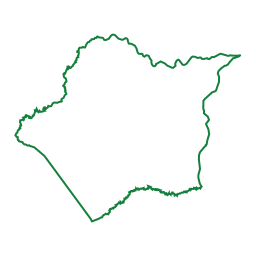 Chirundu, Southern, Zambia
{"feature_id": "96606910B35256638811207", "entity_name": "Chirundu", "entity_type": "district", "adm_level": 2, "iso_a3": "ZMB", "parent_name": "Zambia", "parent_adm1": "Southern", "projection": "mercator", "projection_center": [28.665, -16.104], "detail": "fine", "context": "isolated", "style": "outline", "palette": "green", "viewbox_px": 256, "rotation_deg": 0, "n_neighbors": 0, "source": "geoboundaries", "source_scale": "gbopen_adm2", "svg_char_len": 5755}
<svg xmlns="http://www.w3.org/2000/svg" viewBox="0 0 256 256"><path d="M34.4,147.4L44.5,156.0L90.5,218.6L92.0,221.4L98.2,219.0L101.2,217.4L102.2,217.3L102.7,216.0L103.6,215.0L104.9,214.5L105.6,213.7L107.0,214.3L108.4,213.4L108.6,213.7L109.2,212.3L109.8,212.0L109.9,211.5L109.3,210.4L109.9,210.1L110.0,209.1L110.5,208.9L110.8,209.2L112.1,208.3L113.1,208.7L113.5,208.2L113.2,208.2L113.2,207.7L115.2,207.2L115.3,206.6L116.3,205.8L115.7,205.0L116.3,204.7L116.2,204.9L116.5,205.2L117.7,203.7L118.4,203.5L118.9,202.6L119.3,203.1L120.0,202.3L120.6,203.5L120.9,203.2L120.8,202.2L121.2,202.6L121.2,203.1L123.4,202.6L123.1,201.7L123.6,201.8L124.3,199.9L125.0,199.6L124.5,199.6L124.4,198.7L125.4,198.9L125.8,198.0L126.0,198.3L126.6,198.2L127.3,196.7L127.7,196.3L128.0,196.6L128.4,196.0L128.4,195.2L128.9,195.2L129.6,194.4L129.8,193.8L129.4,192.9L129.8,193.0L129.9,192.7L129.6,192.6L129.7,191.8L130.9,191.7L131.1,191.0L132.2,191.0L133.5,190.4L133.3,191.2L134.5,190.9L134.9,190.2L135.6,190.3L135.8,189.4L135.9,189.7L136.7,189.0L137.4,189.3L137.4,188.4L137.8,188.4L138.4,189.6L139.0,189.8L140.1,188.7L140.9,188.5L141.5,188.8L143.0,188.1L143.4,188.7L143.6,188.5L143.6,189.0L144.6,189.1L144.3,189.5L145.4,189.7L145.7,189.2L147.1,189.0L147.6,188.1L148.0,188.4L148.1,187.9L149.0,187.4L148.7,186.8L149.4,187.2L149.7,186.9L149.5,186.5L150.2,186.8L149.8,187.0L150.1,187.8L150.6,187.8L152.2,188.8L152.0,189.2L152.7,189.2L152.8,189.5L153.4,189.0L154.0,189.3L155.2,189.1L155.2,189.4L156.3,189.3L155.8,190.0L156.9,190.2L157.3,189.7L158.6,189.7L158.6,190.0L159.4,190.0L159.9,190.2L160.0,190.8L160.5,190.7L160.3,191.1L160.9,191.5L160.7,191.8L160.4,191.5L160.6,192.3L160.8,192.4L161.0,191.9L161.1,192.2L162.2,192.6L162.8,192.5L163.2,191.9L164.0,192.1L164.4,192.8L164.5,192.5L164.6,193.2L165.6,193.2L165.5,194.1L166.1,194.1L166.6,193.6L166.8,194.0L166.5,194.3L166.8,194.3L166.8,194.6L167.4,194.5L167.7,194.9L168.8,193.2L168.8,193.8L169.5,194.2L170.4,194.1L170.7,194.5L170.8,193.8L171.9,193.7L171.7,193.2L171.9,192.9L172.2,193.4L172.6,193.0L172.7,193.4L173.2,193.2L174.3,194.1L174.5,195.0L174.8,194.5L175.2,195.2L175.5,195.3L176.6,194.6L176.5,195.2L177.0,195.7L177.1,194.9L179.6,193.4L180.5,193.5L181.6,192.6L183.2,192.6L183.9,191.7L184.3,192.0L184.8,191.5L185.5,191.4L185.4,192.2L186.1,192.7L185.9,192.3L186.7,192.3L186.7,191.9L187.1,191.6L187.3,192.0L187.3,191.3L189.7,190.1L189.4,189.6L189.8,188.8L190.3,188.8L189.9,189.5L190.4,190.2L191.8,188.9L193.6,188.9L194.0,188.1L194.5,188.2L194.4,187.9L195.3,188.1L195.5,188.5L195.0,188.6L196.3,189.7L197.1,188.9L197.0,187.9L198.0,188.6L199.7,187.8L200.3,188.5L201.6,186.5L201.2,186.2L199.7,183.3L198.3,177.4L198.4,174.8L200.0,169.0L198.9,159.5L199.0,155.3L200.0,152.2L204.3,147.0L206.0,145.6L205.8,145.0L206.6,144.4L207.4,140.1L209.2,134.1L208.4,129.3L206.1,124.2L206.2,123.6L208.9,120.1L208.8,119.2L207.7,116.5L203.9,113.3L204.1,110.7L203.3,109.0L203.4,100.8L204.7,99.1L212.1,92.4L215.3,91.2L216.0,90.5L219.0,81.8L219.1,76.8L217.8,73.5L218.5,71.1L221.2,68.3L224.0,66.3L224.8,65.7L226.1,65.6L227.8,64.6L229.5,62.3L233.3,58.1L234.4,58.0L238.9,56.4L240.6,55.0L238.7,55.7L231.7,55.6L230.6,55.3L228.1,55.9L221.0,53.8L220.0,53.9L214.1,57.1L212.0,57.0L209.3,59.1L207.9,58.8L207.2,58.2L203.5,59.0L201.6,58.7L200.8,57.6L199.8,57.5L197.9,58.0L194.6,56.7L192.5,56.6L191.5,57.3L186.5,63.8L184.5,64.9L183.2,64.9L182.5,64.6L179.1,60.1L178.1,59.7L176.6,60.7L175.7,62.5L175.2,63.9L175.5,65.8L173.2,67.8L172.2,67.8L167.3,65.6L164.8,63.4L160.6,61.5L156.8,63.7L156.2,63.8L155.7,65.4L154.9,66.1L154.1,66.3L152.9,65.7L151.9,64.3L151.4,62.6L151.5,60.4L150.1,58.8L148.7,55.8L146.4,55.2L144.4,56.7L143.1,55.8L142.3,53.9L139.1,53.9L138.2,53.2L137.6,52.4L136.6,48.7L134.9,45.7L131.4,43.8L128.9,43.6L127.9,41.4L127.7,39.6L127.0,38.6L125.4,38.1L123.9,39.3L122.2,39.8L118.4,38.6L115.1,35.2L113.2,34.6L112.2,34.8L110.9,35.8L108.8,38.8L105.5,40.1L104.1,39.8L103.2,38.2L102.5,37.8L98.4,37.3L97.6,36.5L97.1,36.6L96.3,37.9L94.9,37.9L94.2,39.0L91.5,39.3L91.2,40.2L89.8,41.0L89.3,41.9L87.9,42.2L86.5,44.1L85.1,47.4L83.9,47.5L82.9,46.9L81.7,47.7L79.7,47.7L78.8,48.6L78.9,49.7L78.1,51.0L77.4,51.1L77.2,51.6L77.3,52.0L78.6,51.6L78.8,51.9L78.8,53.5L78.4,55.4L78.0,55.6L78.3,57.2L77.2,57.4L76.6,58.1L76.7,58.9L76.3,59.5L76.5,60.0L75.5,60.9L76.0,62.2L74.8,62.4L74.7,63.2L73.2,64.7L73.1,65.7L71.5,66.9L70.6,68.0L69.5,67.9L69.2,66.8L68.6,66.4L67.7,66.6L68.0,67.1L67.4,67.8L67.4,68.4L68.2,68.8L68.3,69.9L67.9,69.2L66.9,69.0L65.6,72.4L65.4,72.9L64.6,73.0L64.7,73.9L63.6,74.0L63.7,75.8L64.3,77.5L65.7,78.3L66.5,81.5L64.9,82.8L64.7,84.0L63.2,85.8L63.8,86.6L64.7,86.6L65.2,87.9L64.8,88.5L65.4,89.5L65.5,90.1L65.2,90.3L65.6,90.9L65.1,91.7L66.3,93.4L66.3,94.0L64.8,95.2L63.6,97.8L61.5,99.1L61.4,100.3L61.8,100.7L61.8,101.3L61.5,101.6L58.9,102.0L57.4,102.8L54.4,102.5L52.9,103.2L51.2,106.1L49.4,106.4L48.3,105.9L47.6,107.6L46.0,108.3L46.1,108.8L45.2,109.4L44.6,108.6L44.8,107.4L44.2,107.4L43.8,108.4L42.7,108.4L43.7,108.9L44.0,109.4L43.5,109.8L44.6,110.8L43.3,111.0L43.0,111.5L40.2,111.9L39.5,110.8L38.5,112.2L37.8,111.6L36.6,108.8L36.1,109.9L34.8,110.2L34.9,110.7L36.4,111.1L35.0,112.0L33.9,115.2L31.9,115.7L33.3,115.9L31.5,118.0L31.0,117.6L30.3,118.2L29.0,117.8L28.9,117.3L29.5,117.3L29.7,116.6L27.0,115.6L26.4,115.1L25.9,115.2L25.6,115.8L26.4,116.2L26.1,116.8L25.6,116.7L25.4,117.2L24.7,117.0L23.2,117.6L23.9,118.4L23.9,119.5L23.4,119.4L23.1,120.0L22.7,119.6L20.7,120.3L19.5,120.2L20.5,120.8L19.9,122.1L21.0,124.2L20.8,124.7L21.0,125.1L20.4,125.4L20.8,125.9L20.0,127.2L20.2,127.9L19.7,128.1L20.0,128.5L19.2,128.9L19.2,129.6L18.2,130.0L17.4,131.6L17.4,132.6L16.3,133.3L15.4,135.3L16.6,136.8L17.8,137.2L17.6,138.4L18.0,140.1L18.8,140.4L19.0,141.3L22.5,142.1L22.9,143.1L24.4,144.4L25.8,144.5L27.9,145.7L29.2,145.3L29.9,145.9L34.4,147.4Z" fill="none" stroke="#15803d" stroke-width="2"/></svg>